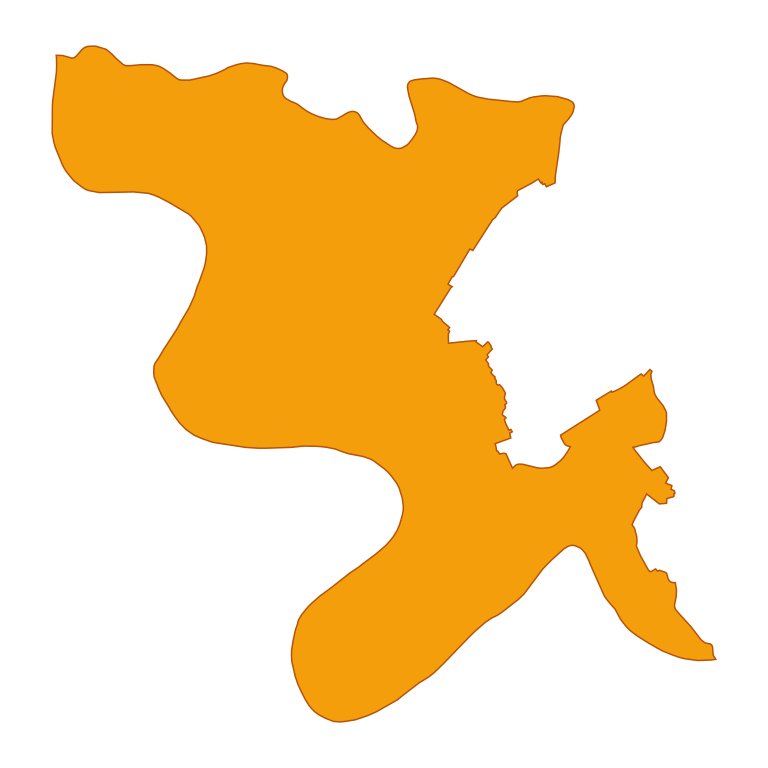 Vu Thu, Thái Bình, Vietnam (Mercator projection)
{"feature_id": "81297802B99897160628736", "entity_name": "Vu Thu", "entity_type": "district", "adm_level": 2, "iso_a3": "VNM", "parent_name": "Vietnam", "parent_adm1": "Thái Bình", "projection": "mercator", "projection_center": [106.301, 20.424], "detail": "fine", "context": "isolated", "style": "filled", "palette": "amber", "viewbox_px": 768, "rotation_deg": 0, "n_neighbors": 0, "source": "geoboundaries", "source_scale": "gbopen_adm2", "svg_char_len": 6008}
<svg xmlns="http://www.w3.org/2000/svg" viewBox="0 0 768 768"><path d="M240.7,63.7L235.5,65.0L227.9,67.6L224.7,69.6L216.5,73.4L209.0,75.9L189.8,80.1L181.1,80.1L178.8,79.6L176.5,78.2L169.8,72.8L162.9,68.2L159.1,66.3L156.3,65.5L152.6,64.8L149.5,64.7L141.1,64.7L129.8,65.7L126.0,65.7L124.7,65.2L123.3,64.7L116.8,59.1L112.1,54.3L107.3,50.2L105.5,49.1L95.8,46.2L92.9,46.1L87.7,46.4L84.5,47.5L81.6,50.0L76.5,55.9L74.7,57.4L73.7,57.9L72.2,58.2L62.6,55.5L56.2,55.3L56.5,58.6L56.6,66.0L56.4,72.5L52.7,100.8L52.4,105.4L52.2,133.6L53.8,142.1L55.4,147.6L62.6,165.3L64.3,168.4L66.5,171.8L72.7,179.5L74.9,181.6L82.6,187.6L85.9,189.5L89.3,190.7L99.6,192.6L133.6,191.9L148.2,193.3L153.4,194.9L158.8,197.1L168.8,202.3L188.6,214.0L191.0,216.0L198.6,225.0L199.8,226.8L202.9,233.2L204.7,237.8L206.6,246.0L206.6,253.8L205.8,260.2L205.0,264.6L203.9,268.6L198.9,282.6L197.3,286.4L194.2,296.4L188.8,308.3L180.8,321.8L176.8,329.2L163.5,349.7L158.9,357.5L155.2,363.0L154.2,365.5L153.9,367.5L153.8,373.5L154.2,377.2L159.3,390.1L161.9,395.7L169.3,407.7L170.9,410.7L175.1,416.9L179.8,423.2L181.7,425.1L186.1,429.6L194.2,435.2L202.0,438.6L212.6,442.3L245.7,447.4L258.1,448.2L265.7,448.2L290.9,447.4L303.2,446.1L314.4,446.2L321.0,446.6L326.8,447.3L335.2,449.0L342.8,451.9L348.9,453.8L363.2,456.5L370.6,459.1L373.8,460.9L383.9,468.5L387.6,471.7L390.9,475.4L396.8,483.4L399.1,487.9L402.2,497.8L403.3,506.0L403.2,510.4L402.5,514.4L399.7,524.4L397.0,530.7L393.4,536.5L389.8,541.1L385.5,545.8L375.4,554.4L362.0,564.4L358.7,567.1L350.0,572.9L332.1,587.0L320.1,595.9L312.1,602.9L308.7,606.1L301.6,614.7L299.1,619.0L298.1,621.2L297.6,623.7L295.4,630.1L293.1,640.6L291.6,650.3L291.5,655.9L291.9,661.9L295.4,676.9L297.9,684.2L301.1,691.3L305.3,699.5L308.7,705.0L311.2,708.2L314.9,711.9L318.8,714.7L324.9,718.0L333.4,721.4L339.6,721.9L343.8,721.6L355.0,719.9L367.7,715.6L376.5,711.7L397.9,699.5L402.4,695.7L418.9,683.0L429.1,676.7L434.2,672.6L443.1,664.0L470.2,635.9L475.4,630.9L485.2,622.4L491.7,618.0L497.1,615.4L501.6,612.5L518.4,599.4L524.1,593.9L542.6,569.2L551.4,560.1L564.0,548.8L568.4,546.1L571.3,545.4L573.0,545.3L575.1,545.7L579.4,547.5L581.9,549.3L585.3,553.3L588.2,559.2L592.6,569.7L604.3,595.9L606.1,598.6L610.5,604.0L615.2,609.3L620.3,618.9L623.0,622.5L625.5,625.7L629.5,630.0L631.7,631.8L637.5,636.1L647.1,642.2L658.0,648.5L662.9,651.1L672.3,654.9L678.5,657.1L684.5,658.7L697.9,660.5L710.6,660.0L715.8,659.4L713.2,655.1L712.5,646.7L711.7,645.0L710.3,643.9L705.8,643.1L704.5,642.5L701.9,640.5L700.6,639.2L691.0,626.7L680.1,614.8L676.0,610.0L675.2,608.7L674.6,606.6L674.6,604.4L676.2,596.4L676.5,589.9L675.3,582.7L672.9,582.6L670.7,582.0L669.6,581.1L668.2,579.0L666.7,573.5L666.1,572.8L665.3,572.3L659.6,570.3L657.5,571.2L655.7,568.9L651.2,571.5L649.8,571.6L648.1,569.5L640.5,555.8L636.5,546.4L636.5,544.8L637.0,542.3L636.7,536.5L634.5,528.2L632.1,524.9L633.0,522.3L639.4,510.1L641.7,507.2L642.1,502.9L644.8,497.8L646.5,493.9L659.4,503.9L666.5,503.3L666.9,498.6L673.8,496.6L674.0,495.9L673.8,494.0L674.9,493.5L674.5,490.9L671.0,489.2L671.9,485.6L665.6,483.1L668.4,477.7L660.2,466.7L651.9,470.5L644.3,462.1L634.7,449.9L633.0,447.3L636.6,446.7L639.2,445.7L653.1,442.6L659.2,441.8L661.7,439.1L662.8,437.2L665.1,430.1L666.5,421.3L666.5,413.4L665.8,410.8L663.2,405.8L656.8,397.8L654.9,394.3L654.2,391.9L653.3,386.0L651.3,379.4L650.8,374.0L652.0,371.2L649.9,369.5L643.8,376.1L641.1,373.9L626.4,384.6L620.6,388.3L615.1,391.0L611.8,392.2L611.2,391.1L596.2,400.3L599.8,410.2L560.5,435.2L561.4,438.2L564.3,443.5L565.8,445.1L566.6,445.6L570.3,446.8L567.9,451.1L563.7,457.3L560.2,460.9L555.4,464.8L552.3,466.6L549.4,467.6L541.1,468.3L537.2,467.8L522.6,464.2L519.0,464.1L517.3,464.4L515.8,465.1L512.5,468.2L505.9,453.6L503.8,453.2L499.5,454.0L498.0,451.3L497.2,450.9L496.6,451.0L495.9,446.2L495.1,443.7L510.8,438.0L509.7,433.1L512.3,431.8L510.8,429.4L509.0,430.3L505.8,423.7L504.6,420.3L504.4,419.2L505.8,418.2L506.0,417.7L505.3,416.9L502.9,415.4L502.4,414.7L502.8,411.5L505.4,408.0L505.5,407.2L504.7,404.8L506.5,403.4L506.6,403.1L506.5,402.1L504.5,399.0L504.6,396.5L505.3,393.6L505.0,392.3L502.5,388.0L500.1,385.1L499.3,384.7L497.8,385.2L496.7,384.3L496.3,383.2L496.2,380.4L494.6,378.2L495.1,377.1L492.9,375.1L490.9,372.7L492.2,370.1L489.1,366.7L488.2,365.3L488.6,363.9L485.7,359.9L488.5,356.9L487.2,355.1L487.2,354.6L492.3,349.0L491.1,346.9L491.0,345.7L488.4,342.1L487.7,341.9L482.7,346.7L476.0,341.9L476.4,340.6L466.6,341.3L448.5,343.2L448.3,334.1L449.6,331.4L449.4,330.9L447.8,329.8L449.6,327.5L442.5,321.4L441.3,319.3L434.2,314.3L451.0,287.5L452.2,286.7L448.0,284.3L449.1,282.1L452.2,276.9L453.6,276.5L469.8,249.1L472.8,250.5L492.6,219.7L495.3,217.6L499.0,211.9L501.9,208.0L517.7,195.8L517.1,193.1L517.5,190.7L531.5,183.3L538.4,179.0L540.7,182.7L541.8,182.2L542.2,182.3L542.2,182.8L541.7,183.3L542.9,184.5L544.9,183.8L546.4,186.8L555.1,182.9L555.3,176.9L555.9,171.9L558.6,153.9L559.7,144.2L560.2,137.8L561.3,132.1L563.3,124.9L568.8,118.7L571.4,115.1L573.1,111.8L574.3,106.4L573.7,103.8L572.3,102.0L568.2,99.6L557.5,96.6L545.1,95.7L541.4,95.9L533.3,97.0L529.3,98.0L521.2,101.4L518.0,101.9L511.8,101.6L487.9,99.1L477.6,97.1L473.6,95.8L468.6,93.6L448.5,82.4L440.8,79.4L437.0,78.5L432.9,78.1L422.6,78.8L414.5,79.8L410.5,81.1L409.6,81.6L408.1,83.7L407.4,86.2L407.9,90.3L409.2,96.6L414.7,114.2L416.1,121.6L417.3,124.9L417.7,126.9L417.1,130.5L416.7,131.8L415.1,134.8L412.5,138.7L409.0,143.1L406.9,145.1L402.1,147.8L400.9,148.2L398.4,148.5L396.1,148.3L394.4,147.9L391.2,146.3L382.1,140.4L376.9,136.2L368.4,128.0L363.2,122.0L359.4,115.1L357.4,112.9L355.3,111.9L353.3,111.4L351.1,111.5L348.4,112.4L345.4,113.9L342.8,115.7L336.2,119.2L331.6,119.4L326.2,118.7L318.5,116.6L312.1,114.0L307.0,111.2L302.7,108.3L298.0,104.6L295.7,103.3L290.9,101.4L286.2,98.7L284.5,97.3L283.6,96.0L282.8,94.1L282.4,91.8L282.3,89.8L282.6,87.9L283.3,85.9L284.4,83.8L286.8,80.6L287.3,78.8L287.5,76.5L287.3,74.8L286.6,73.6L285.5,72.7L282.3,70.8L276.5,68.1L271.0,66.3L262.6,65.3L253.7,63.6L249.2,63.2L246.1,63.0L240.7,63.7Z" fill="#f59e0b" stroke="#b45309" stroke-width="1.5"/></svg>